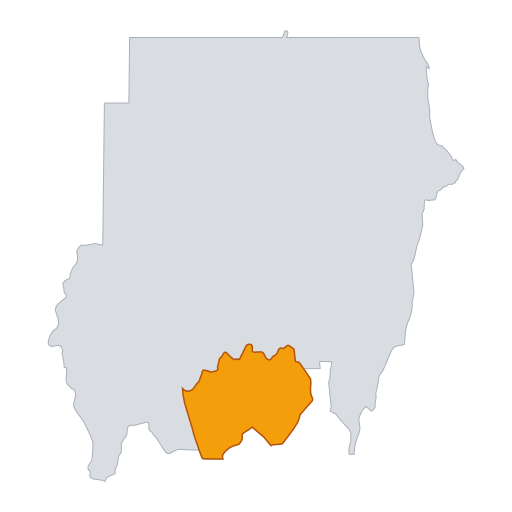 South Kordufan on a map of Sudan (Equal Earth projection)
{"feature_id": "SDN-882", "entity_name": "South Kordufan", "entity_type": "State", "adm_level": 1, "iso_a3": "SDN", "parent_name": "Sudan", "parent_adm1": "", "projection": "equal_earth", "projection_center": [29.886, 11.03], "detail": "fine", "context": "in_parent", "style": "filled", "palette": "amber", "viewbox_px": 512, "rotation_deg": 0, "n_neighbors": 0, "source": "natural_earth", "source_scale": "10m", "svg_char_len": 5776}
<svg xmlns="http://www.w3.org/2000/svg" viewBox="0 0 512 512"><path d="M354.1,454.4L349.4,454.4L348.9,452.9L348.9,448.8L349.4,445.8L351.1,440.9L350.7,438.2L350.9,434.4L349.7,430.1L338.4,417.7L336.2,414.3L330.1,411.1L331.2,407.6L328.6,382.2L329.8,379.3L330.2,374.8L330.1,370.9L331.5,364.4L331.7,361.7L319.8,361.5L319.6,364.3L320.2,367.4L320.2,368.6L303.6,368.7L310.3,378.7L310.6,383.1L310.2,388.5L310.3,392.0L310.7,394.3L312.5,398.7L312.4,399.6L312.0,400.6L300.2,413.9L298.3,420.1L296.7,423.3L293.3,428.8L282.5,443.0L280.8,444.0L272.6,444.5L271.8,444.8L271.1,445.5L270.8,445.3L263.8,437.0L251.9,426.9L244.1,432.1L242.0,434.1L242.0,438.9L240.8,441.4L238.7,444.1L232.9,445.8L229.9,447.2L226.3,449.9L222.8,454.5L222.5,456.9L222.9,459.0L203.0,458.9L201.7,457.2L198.8,449.7L196.8,450.2L178.6,449.3L176.0,450.1L170.8,453.1L168.2,453.7L165.5,452.2L156.0,437.4L153.9,435.6L151.8,432.1L149.7,430.6L149.0,429.4L148.8,427.8L148.9,424.6L148.2,422.6L146.7,422.1L133.9,425.5L132.0,425.1L129.3,425.7L128.4,426.4L127.3,428.3L127.1,432.4L126.8,434.4L125.8,436.6L122.1,441.7L121.3,443.9L121.4,449.4L121.2,452.2L120.6,453.5L119.0,455.6L118.4,456.9L117.7,463.9L115.7,468.2L115.2,469.8L115.1,472.9L114.8,473.8L108.9,476.3L106.8,477.8L105.4,480.2L105.1,481.3L102.6,480.4L99.4,479.8L93.4,479.0L90.9,477.9L89.8,476.2L90.2,471.9L89.6,471.0L88.6,470.2L88.0,468.4L88.1,466.1L91.4,461.1L92.1,458.5L93.0,446.0L92.8,442.2L90.3,435.2L84.5,423.2L83.1,420.8L75.9,410.9L75.1,409.5L73.4,405.3L75.4,396.1L75.5,393.6L75.0,391.0L73.2,389.0L71.6,388.8L69.5,386.3L68.1,385.2L66.8,383.1L66.0,380.1L66.7,369.3L66.3,367.9L64.5,367.5L64.0,366.7L64.1,364.6L63.2,358.5L62.1,353.4L62.7,350.6L61.2,346.8L58.3,345.2L52.5,346.4L50.7,346.2L49.4,345.5L48.6,344.1L48.1,342.4L48.6,339.9L50.3,335.4L52.4,331.6L56.6,328.2L57.7,326.4L58.4,324.4L58.5,322.0L58.3,319.6L57.8,317.4L56.6,314.4L55.5,311.0L55.5,308.6L56.1,306.9L57.2,304.9L61.4,301.0L65.7,297.7L66.4,296.5L66.2,295.1L64.2,292.4L63.7,287.2L62.7,283.5L64.8,280.8L66.4,279.8L68.9,278.9L69.9,277.8L70.2,275.6L70.2,273.5L71.1,271.9L72.3,268.6L73.3,267.0L76.6,263.1L77.3,260.6L77.5,258.1L76.8,250.7L78.7,247.7L81.1,245.1L84.5,245.3L89.8,244.7L93.4,243.7L96.0,243.7L101.9,245.1L102.5,244.5L102.8,242.5L104.4,103.0L128.5,103.0L128.9,102.8L129.6,37.5L281.2,37.5L282.5,37.3L284.8,31.2L285.8,30.7L287.4,31.1L287.9,32.5L286.7,37.5L419.0,37.4L419.4,44.9L420.6,50.8L424.5,59.4L427.8,63.9L429.0,66.5L429.1,67.7L429.0,68.7L428.0,67.5L426.3,66.6L426.2,70.6L427.1,78.8L428.5,84.6L427.6,89.9L427.9,98.9L429.8,109.7L429.5,116.6L432.6,132.8L435.4,141.7L436.9,143.9L438.6,145.1L441.8,145.9L446.6,150.4L450.5,155.3L451.8,157.8L453.7,160.6L454.9,160.1L455.7,159.3L456.9,161.6L462.9,166.4L463.9,168.7L461.8,170.9L459.4,174.7L458.2,178.2L457.6,179.3L455.6,181.5L455.3,182.6L454.5,183.3L453.6,183.3L451.5,184.5L449.7,184.1L447.9,184.8L447.2,185.6L445.8,186.4L443.8,186.8L440.7,189.8L438.0,191.2L437.1,192.4L435.8,198.4L434.8,199.9L430.8,200.1L428.8,200.6L426.2,199.9L424.9,200.0L424.5,201.3L424.1,206.4L424.2,208.6L422.1,214.4L422.8,225.3L420.8,233.5L420.5,235.4L418.4,241.9L417.3,244.3L414.6,256.4L413.6,260.2L411.2,264.1L414.0,293.3L412.1,302.3L412.2,307.2L410.9,314.4L409.8,317.8L408.0,321.8L406.5,326.3L405.3,332.3L404.5,343.6L404.1,344.6L396.9,346.0L394.7,346.8L393.2,348.0L391.4,350.9L387.8,358.9L385.9,363.7L383.0,370.4L379.5,375.1L378.8,377.4L378.2,381.7L377.0,388.5L375.8,393.3L376.1,397.1L375.0,403.9L375.2,407.1L374.0,409.0L372.3,410.7L371.2,411.1L366.2,406.6L362.7,409.7L360.5,414.1L358.8,418.5L359.9,427.8L359.8,429.8L359.3,432.1L356.0,441.2L355.1,445.4L354.1,452.7L354.1,454.4Z" fill="#d9dde1" stroke="#a8b0b8" stroke-width="1"/><path d="M303.8,369.0L310.4,378.7L310.5,378.9L310.6,379.5L310.7,379.9L310.8,383.3L310.5,388.7L310.6,392.2L310.9,394.5L312.7,399.0L312.6,399.8L312.2,400.9L306.3,407.5L300.5,414.2L300.1,414.8L298.5,420.3L297.0,423.6L296.3,424.5L293.5,429.0L288.2,436.1L282.8,443.3L281.0,444.2L275.7,444.6L272.8,444.7L272.5,444.8L272.0,445.1L271.7,445.4L271.4,445.7L271.0,445.6L270.6,445.2L264.0,437.2L258.1,432.2L252.2,427.1L251.1,428.1L244.4,432.4L243.0,433.5L242.2,434.3L242.2,439.1L241.0,441.6L238.9,444.3L233.1,446.0L230.1,447.5L227.1,449.6L226.6,450.2L224.7,452.1L223.0,454.3L222.5,455.6L222.5,457.0L222.6,458.2L222.9,459.0L212.9,458.9L202.9,458.8L201.7,457.0L199.1,449.9L197.4,444.9L193.7,434.2L193.2,431.5L184.5,402.6L182.9,393.7L182.9,392.2L182.5,388.4L184.0,389.9L186.2,391.1L188.8,391.1L190.4,390.6L191.7,390.1L193.0,389.0L194.0,387.8L195.0,386.2L196.7,383.9L198.2,382.3L199.2,380.9L200.0,378.6L201.1,375.9L201.9,373.4L202.1,372.2L202.7,370.8L203.6,370.1L204.6,370.1L206.0,370.6L207.8,370.8L209.0,371.3L209.9,372.0L210.9,372.0L212.4,371.8L215.3,371.1L216.9,370.4L217.6,369.7L217.8,368.7L217.5,367.6L217.8,365.8L218.7,362.5L219.2,359.6L220.0,358.1L220.8,357.4L221.9,356.5L222.8,354.7L224.0,352.9L224.6,352.4L225.6,352.2L226.3,352.6L228.0,354.3L229.7,355.9L231.3,357.5L233.0,358.9L235.5,359.6L236.2,359.2L236.9,358.9L237.5,359.0L238.0,359.2L238.5,359.4L238.9,359.6L239.4,359.5L246.1,346.0L247.0,345.0L247.9,344.5L248.9,344.3L249.9,344.3L250.6,344.4L251.0,344.5L251.4,344.8L251.6,345.2L252.1,345.9L252.3,346.3L252.3,346.7L252.4,347.2L252.2,350.6L252.3,351.1L252.6,351.5L253.2,352.0L253.9,352.2L260.4,351.9L262.2,352.2L262.9,352.6L263.5,353.2L265.6,357.3L266.3,358.3L267.3,359.2L268.1,359.6L268.8,359.8L269.4,359.8L270.1,359.7L270.8,359.3L271.3,358.7L272.3,357.1L272.6,356.7L272.9,356.4L273.4,356.2L274.8,355.5L275.6,354.9L276.4,354.2L277.1,353.2L278.4,350.0L279.0,349.1L279.7,348.4L280.5,348.0L281.1,348.0L282.4,348.4L283.0,348.4L283.5,348.3L284.3,347.9L287.1,345.6L287.9,345.4L288.4,345.4L289.1,345.6L294.0,349.1L295.3,360.5L295.4,361.1L295.6,361.5L295.9,361.7L296.3,361.8L298.5,362.0L299.9,363.3L303.8,369.0Z" fill="#f59e0b" stroke="#b45309" stroke-width="1.5"/></svg>